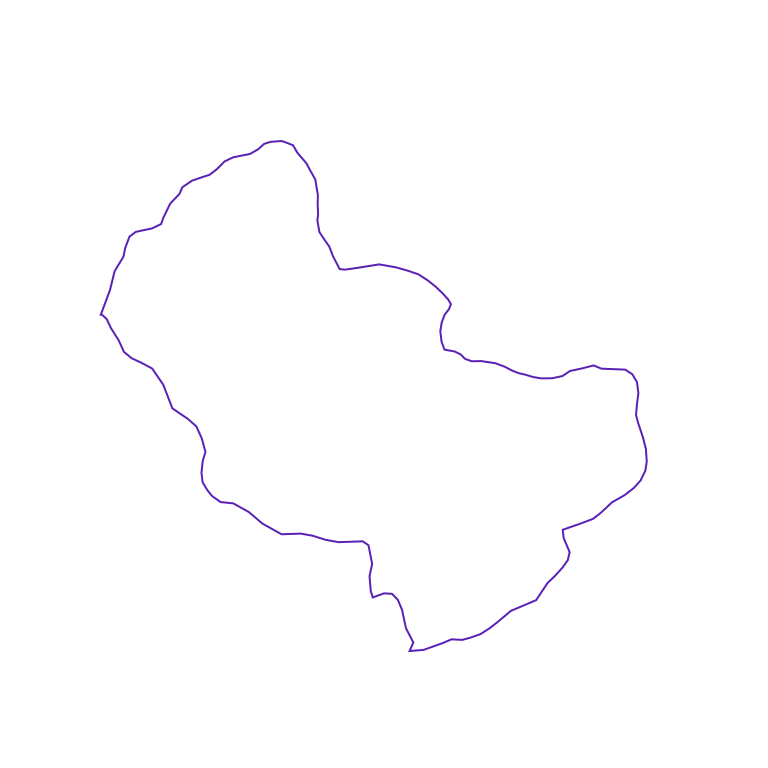 outline of Julau, Sarawak, Malaysia, rotated 337°
{"feature_id": "92858781B53713616698711", "entity_name": "Julau", "entity_type": "district", "adm_level": 2, "iso_a3": "MYS", "parent_name": "Malaysia", "parent_adm1": "Sarawak", "projection": "mercator", "projection_center": [111.958, 1.83], "detail": "fine", "context": "isolated", "style": "outline", "palette": "violet", "viewbox_px": 768, "rotation_deg": 337, "n_neighbors": 0, "source": "geoboundaries", "source_scale": "gbopen_adm2", "svg_char_len": 2074}
<svg xmlns="http://www.w3.org/2000/svg" viewBox="0 0 768 768"><g transform="rotate(337 384 384)"><path d="M303.2,639.8L316.5,644.2L336.3,645.4L346.4,645.4L356.0,650.1L364.9,651.3L375.1,651.9L385.8,650.1L396.6,647.2L412.1,642.4L422.9,642.4L439.6,642.4L456.9,631.0L466.5,627.4L476.6,622.7L484.4,617.9L489.2,611.3L489.2,595.8L491.6,588.0L509.5,589.2L523.8,589.8L532.8,587.4L547.7,582.0L562.1,580.3L573.4,577.3L582.4,573.1L590.7,565.9L595.5,558.2L599.7,546.2L601.5,534.3L602.7,519.3L603.4,514.3L603.9,511.0L609.3,500.8L614.6,491.8L617.6,481.1L616.4,472.1L611.6,465.0L590.1,454.8L584.2,448.8L572.2,447.0L560.3,444.7L551.4,446.4L541.4,444.5L537.2,442.9L530.3,439.9L523.8,435.7L517.3,430.3L512.0,426.5L507.0,421.5L502.0,415.4L494.8,408.5L482.5,400.9L473.7,397.4L468.4,392.5L466.1,386.7L461.9,381.8L453.1,376.0L453.5,367.6L456.5,357.3L461.1,350.0L466.9,343.9L473.0,340.5L476.8,336.7L476.0,330.9L473.0,322.5L469.5,314.5L465.0,306.1L458.5,296.5L450.4,289.2L440.5,281.2L426.3,272.0L408.0,267.5L393.1,263.6L388.1,261.0L387.0,246.4L387.3,236.1L385.4,226.9L383.9,218.9L386.6,207.4L389.6,202.1L393.5,191.8L396.9,184.5L400.7,168.8L399.6,159.3L398.8,150.5L394.6,137.1L393.5,128.7L388.9,124.1L384.7,120.3L374.3,116.8L367.5,116.1L360.2,118.7L350.6,119.9L343.4,118.4L333.8,116.4L324.3,116.8L313.9,121.0L305.1,123.3L297.9,122.6L286.8,121.8L275.3,124.1L270.0,129.1L257.7,134.4L252.4,139.0L245.9,144.7L241.3,149.7L231.0,150.1L221.4,148.2L214.9,147.0L207.3,148.9L202.6,153.8L199.2,157.3L193.9,165.0L180.1,174.9L168.7,190.2L150.4,209.6L151.5,210.1L154.1,215.8L154.5,225.8L156.8,239.9L157.2,252.9L161.8,261.7L169.0,269.7L176.7,279.3L180.5,298.4L179.7,323.7L184.0,330.5L189.7,339.3L194.7,349.7L195.0,363.0L193.1,376.8L187.0,384.1L181.3,394.4L178.6,403.6L180.1,413.5L182.0,420.0L187.4,428.8L198.5,434.9L209.6,449.1L217.6,465.1L231.0,482.3L248.9,489.2L258.9,495.7L269.2,504.5L280.3,511.8L302.9,520.5L306.7,526.3L302.8,545.0L295.6,555.2L290.9,569.5L290.3,576.1L302.2,576.7L309.4,580.3L312.4,588.0L312.4,598.8L308.8,617.3L310.0,633.4L303.2,639.8Z" fill="none" stroke="#5b21b6" stroke-width="2"/></g></svg>